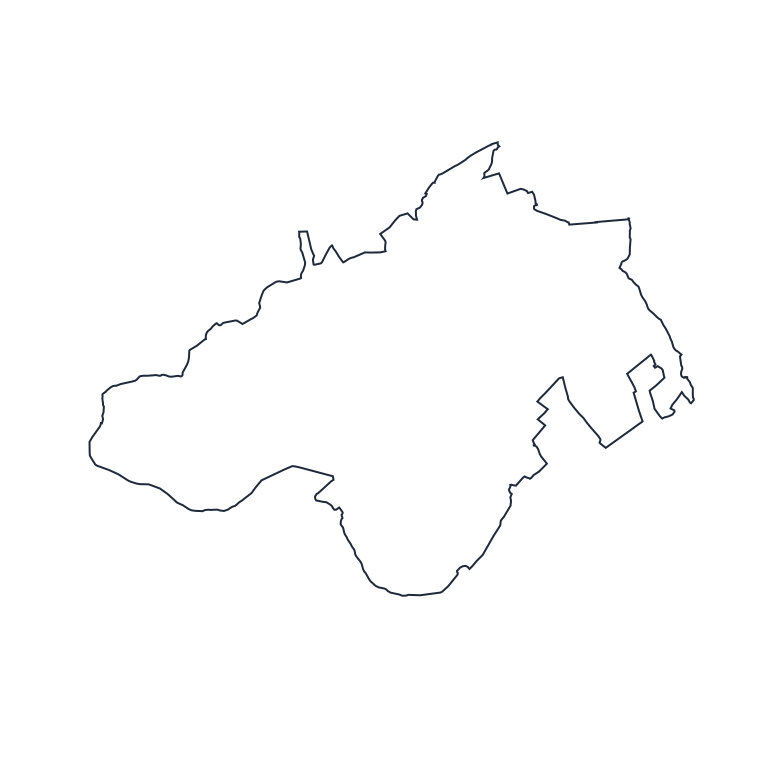 Rafaila, Vaslui, Romania, rotated 349°
{"feature_id": "2599482B94397717577016", "entity_name": "Rafaila", "entity_type": "district", "adm_level": 2, "iso_a3": "ROU", "parent_name": "Romania", "parent_adm1": "Vaslui", "projection": "equal_earth", "projection_center": [27.373, 46.79], "detail": "fine", "context": "isolated", "style": "outline", "palette": "slate", "viewbox_px": 768, "rotation_deg": 349, "n_neighbors": 0, "source": "geoboundaries", "source_scale": "gbopen_adm2", "svg_char_len": 6142}
<svg xmlns="http://www.w3.org/2000/svg" viewBox="0 0 768 768"><g transform="rotate(349 384 384)"><path d="M432.6,581.9L435.9,579.7L441.2,575.4L448.3,570.6L462.4,554.2L470.3,545.9L471.3,544.6L472.5,540.6L474.3,538.9L476.4,537.2L485.0,527.6L486.4,522.9L486.4,519.3L488.4,516.3L487.1,514.8L486.5,512.5L486.7,511.1L487.7,510.0L488.8,508.1L488.7,507.2L489.6,507.2L494.1,509.0L502.4,502.6L504.2,501.6L506.5,503.2L508.4,504.1L509.2,504.9L510.4,504.4L513.6,501.9L519.4,499.6L528.7,493.3L524.3,484.9L523.5,482.1L522.9,477.4L521.9,474.8L520.8,473.5L519.3,473.0L519.3,472.7L519.9,472.7L520.4,472.2L519.7,470.2L519.3,467.5L534.3,455.4L528.2,448.0L535.9,443.2L539.9,440.0L531.2,430.5L534.4,427.9L540.9,423.5L557.0,411.8L560.8,411.5L561.3,422.6L562.1,431.2L561.9,434.1L562.8,436.7L566.4,444.1L569.9,450.5L573.3,455.4L575.7,460.6L579.1,466.9L584.7,476.5L585.9,479.7L585.2,481.6L584.6,482.2L584.4,482.8L584.7,483.4L589.5,489.0L630.7,470.1L629.2,459.4L627.4,440.2L629.9,439.3L629.3,435.6L628.2,431.6L624.6,420.4L651.6,406.1L652.1,407.0L653.7,412.8L653.3,413.5L654.2,416.7L652.2,417.8L653.2,419.7L656.1,418.7L659.5,421.9L660.3,423.7L660.3,429.0L660.5,431.3L650.7,437.5L643.5,441.2L643.6,444.1L644.7,452.3L644.8,459.9L648.7,468.3L650.5,471.0L652.9,470.3L657.6,470.0L661.4,469.0L663.8,466.8L664.0,465.3L660.6,462.7L663.1,459.4L668.5,455.0L674.8,448.8L676.5,452.9L679.6,457.1L680.8,460.6L681.8,461.5L685.0,458.9L685.2,457.8L684.8,456.5L685.0,453.7L686.4,446.9L685.0,443.2L684.6,440.5L682.7,436.8L682.9,435.1L681.0,434.6L680.9,435.2L679.5,435.1L677.8,433.5L677.4,431.6L677.9,429.1L679.8,425.8L679.8,423.6L679.3,422.7L679.8,413.4L681.6,412.0L678.7,408.3L677.0,406.8L675.7,404.8L675.1,402.9L674.7,397.7L673.8,394.0L673.5,391.3L671.0,383.1L669.5,379.5L668.0,373.8L666.7,372.8L664.7,370.4L661.6,365.8L658.7,362.3L657.9,360.9L657.4,359.0L657.2,356.5L656.2,352.5L654.2,348.2L653.4,345.4L652.7,338.4L652.3,336.8L650.3,334.6L648.5,331.8L647.1,328.9L644.8,327.4L644.2,326.6L643.3,322.0L642.1,320.3L639.7,318.3L638.9,316.6L637.3,315.0L639.6,311.8L640.5,309.9L641.6,309.2L643.8,308.8L646.6,307.7L647.5,306.8L650.0,303.6L651.3,297.4L653.7,288.8L653.2,287.0L654.7,280.1L655.8,278.3L655.7,273.8L656.1,272.0L655.8,270.6L655.8,268.7L656.1,268.3L655.6,268.1L655.5,269.0L623.2,265.5L623.4,266.0L596.3,262.9L596.1,260.7L595.7,260.7L592.8,258.2L588.3,256.4L585.8,254.6L575.5,248.0L567.4,243.3L565.3,241.5L564.8,240.8L564.8,240.0L565.1,238.4L565.4,237.9L566.0,237.6L568.0,237.5L568.4,237.3L568.4,236.9L567.3,235.9L567.6,233.2L567.4,226.9L566.1,223.6L561.8,224.0L561.1,221.9L558.0,219.6L555.3,218.5L541.5,220.6L537.1,199.2L521.0,200.8L521.5,200.4L522.3,199.0L522.6,196.3L523.9,195.3L526.2,194.4L527.9,193.3L531.7,188.1L532.5,186.2L533.2,183.0L536.1,175.8L537.6,175.1L539.1,175.3L539.8,174.8L541.0,173.3L542.5,172.7L541.3,170.9L541.7,168.5L535.3,169.1L535.2,169.5L531.9,170.2L518.7,174.2L512.9,176.3L509.5,177.8L507.0,179.4L500.3,182.1L497.1,183.2L495.5,183.5L481.6,188.5L479.3,189.0L477.8,189.0L476.7,189.9L473.7,193.5L472.4,195.3L472.2,196.1L470.7,195.7L469.3,196.6L465.7,199.7L460.9,204.8L462.2,205.5L461.0,207.5L457.7,208.7L456.3,210.7L456.2,211.6L456.5,212.6L456.3,213.9L455.6,215.4L452.9,217.7L449.2,218.6L448.3,220.2L447.5,224.8L447.8,229.0L444.4,228.0L439.7,221.0L431.2,221.9L426.1,225.6L419.4,231.3L408.9,236.0L412.5,243.6L412.6,245.5L411.5,248.6L410.7,252.3L410.9,254.0L405.6,254.1L396.3,252.5L390.4,251.2L378.6,253.8L375.6,253.9L373.0,254.6L367.7,256.8L367.1,256.8L364.0,250.3L361.8,244.3L360.2,241.2L359.6,238.1L359.3,238.0L356.8,239.6L351.7,245.7L346.4,252.6L345.2,253.5L338.8,253.7L337.7,253.3L337.9,248.6L338.3,247.7L339.9,244.8L339.4,243.3L338.3,237.9L337.6,219.6L329.7,218.3L329.7,219.5L328.8,223.3L329.5,225.3L329.1,230.9L327.8,235.2L328.1,237.4L328.8,239.0L329.8,249.7L328.9,252.5L327.7,254.7L326.2,257.3L324.4,259.2L323.6,260.5L323.0,262.1L322.8,264.2L321.8,264.5L308.2,265.8L300.8,263.2L298.4,263.0L296.8,263.4L287.6,266.8L283.7,269.3L280.9,273.5L276.9,280.8L277.1,284.0L277.0,285.5L273.7,289.5L272.0,292.5L267.9,294.4L265.9,294.9L256.6,298.1L252.0,293.9L250.4,293.3L238.6,293.3L237.7,293.4L234.9,295.1L234.0,295.1L233.0,294.5L231.4,292.4L230.6,292.6L226.9,294.7L224.8,296.6L221.5,298.3L219.7,299.9L218.6,301.9L218.0,303.8L217.8,305.9L216.6,306.0L207.4,310.8L199.9,313.5L199.3,314.0L197.6,320.8L196.2,324.4L194.5,327.2L188.5,334.4L187.8,337.0L187.0,337.6L186.2,337.9L183.4,336.7L176.7,336.3L174.5,335.7L171.7,333.9L169.2,332.8L167.6,332.7L165.8,333.3L161.5,331.6L159.4,331.5L152.9,330.7L149.7,330.0L146.3,329.8L145.4,330.1L142.1,332.5L140.5,333.3L138.2,333.5L125.6,333.8L120.9,334.6L119.1,334.3L117.1,334.4L115.3,335.0L110.4,337.6L109.2,338.6L106.1,340.0L105.6,340.6L105.4,342.2L104.7,344.9L104.5,349.1L104.2,350.9L104.7,352.8L103.3,358.2L101.4,361.6L101.5,365.0L99.6,368.8L98.6,368.4L98.2,369.6L97.2,371.3L87.6,380.4L83.9,384.6L82.1,394.5L81.6,398.1L82.6,401.2L85.3,408.1L87.0,409.6L97.7,416.0L106.1,422.0L114.8,430.3L117.4,432.0L122.3,434.6L125.5,435.8L133.9,437.6L144.1,443.8L150.7,450.8L158.4,461.1L163.4,464.6L168.4,469.5L170.8,471.2L174.2,472.4L181.5,474.2L184.3,473.6L187.8,473.9L189.6,474.5L196.5,475.5L198.7,476.8L202.7,478.1L206.9,477.5L211.1,475.7L214.5,475.2L217.4,473.7L219.0,472.6L222.1,471.4L233.1,465.8L238.4,460.9L245.4,455.2L270.0,448.9L278.3,447.1L280.6,447.8L285.1,449.7L316.2,464.8L316.2,468.4L313.8,469.3L298.4,478.7L296.9,479.0L294.8,481.4L294.6,483.7L295.3,485.4L301.8,488.1L304.8,489.0L308.3,492.2L309.6,493.9L310.2,496.1L311.3,498.0L313.1,498.2L316.4,496.7L317.0,497.8L318.5,501.0L318.9,502.4L318.4,503.5L317.4,504.3L317.3,504.8L317.7,507.0L317.6,507.8L316.6,508.5L315.6,510.2L314.7,513.2L315.0,514.4L316.4,517.2L316.6,522.7L317.2,524.9L318.1,527.1L318.8,530.1L320.8,534.7L321.5,537.3L323.3,541.4L323.3,545.9L324.0,548.2L327.0,553.9L327.8,556.7L328.1,561.4L328.7,564.1L329.9,566.1L332.2,573.1L333.3,575.3L337.2,580.5L340.0,582.6L345.5,584.9L346.8,585.9L348.4,588.1L350.7,590.1L358.5,593.4L361.5,595.3L365.3,596.0L367.6,595.6L379.3,598.3L399.7,599.5L401.8,598.8L408.5,594.7L419.7,585.3L420.4,583.7L419.9,582.4L419.9,581.5L423.6,578.8L426.8,577.9L429.3,578.1L431.2,579.5L432.6,581.9Z" fill="none" stroke="#1e293b" stroke-width="2"/></g></svg>